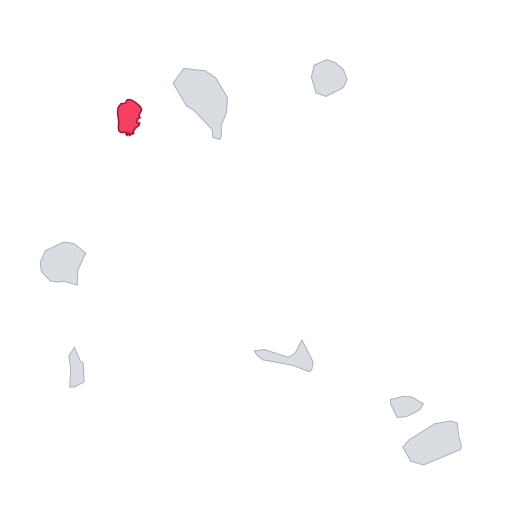 location of Maio within Cabo Verde, rotated 183°
{"feature_id": "CPV-5054", "entity_name": "Maio", "entity_type": "state/province", "adm_level": 1, "iso_a3": "CPV", "parent_name": "Cabo Verde", "parent_adm1": "", "projection": "mercator", "projection_center": [-23.189, 15.226], "detail": "fine", "context": "in_parent", "style": "filled", "palette": "rose", "viewbox_px": 512, "rotation_deg": 183, "n_neighbors": 0, "source": "natural_earth", "source_scale": "10m", "svg_char_len": 1811}
<svg xmlns="http://www.w3.org/2000/svg" viewBox="0 0 512 512"><g transform="rotate(183 256 256)"><path d="M347.8,424.1L338.0,439.5L316.6,438.3L305.6,431.9L292.7,412.6L293.1,397.6L297.6,384.6L296.8,373.4L298.6,370.4L305.3,372.4L306.3,379.9L325.8,398.5L333.1,402.1L347.8,424.1ZM68.7,97.9L52.9,101.4L46.3,99.7L44.1,86.3L40.9,77.4L41.6,73.5L77.8,56.1L90.5,59.0L99.4,72.9L93.4,80.5L68.7,97.9ZM433.0,217.6L446.5,220.7L451.6,219.6L460.2,220.3L469.4,229.1L471.1,238.5L466.5,250.3L448.7,259.9L438.4,258.8L426.2,250.0L433.2,232.6L433.0,217.6ZM208.0,449.5L195.4,455.9L186.6,453.1L178.3,446.5L174.3,437.0L177.5,428.8L194.5,419.0L204.6,422.2L210.0,437.3L208.0,449.5ZM243.7,152.7L250.4,157.6L252.6,161.2L242.7,163.0L218.6,156.6L212.1,160.5L205.8,174.5L193.5,153.4L194.3,145.6L197.0,143.3L214.0,148.9L243.7,152.7ZM390.2,402.5L385.7,403.2L378.9,395.6L380.4,385.2L379.7,382.4L385.6,371.2L397.4,372.2L400.4,380.5L400.9,397.5L390.2,402.5ZM114.4,119.6L101.1,123.7L92.9,123.2L81.1,117.2L84.8,110.7L97.6,103.6L106.4,102.1L113.6,114.8L114.4,119.6ZM437.7,146.5L432.6,155.1L426.2,142.4L422.8,139.4L421.1,121.2L430.5,115.8L435.1,115.3L435.2,134.2L437.7,146.5Z" fill="#d9dde1" stroke="#a8b0b8" stroke-width="1"/><path d="M399.0,373.2L399.9,375.3L400.2,378.0L400.0,382.5L401.8,392.1L401.5,396.7L399.0,400.9L398.2,401.2L395.6,401.5L394.6,401.9L394.0,402.8L393.2,404.7L392.3,405.4L390.1,405.6L388.0,405.0L384.5,403.1L380.7,400.3L378.9,398.4L377.9,396.2L378.4,394.2L379.7,392.1L380.3,390.1L379.0,388.1L381.3,386.8L382.3,384.6L381.7,382.8L379.0,382.5L379.9,380.0L383.4,377.4L385.7,373.2L385.0,372.9L384.9,372.8L384.9,372.5L384.5,372.0L386.8,371.0L388.9,369.7L389.0,370.2L388.9,372.0L390.3,370.9L390.7,370.5L391.1,369.7L392.3,370.9L391.1,372.0L393.5,373.1L397.1,372.2L399.0,373.2Z" fill="#f43f5e" stroke="#9f1239" stroke-width="1.5"/></g></svg>